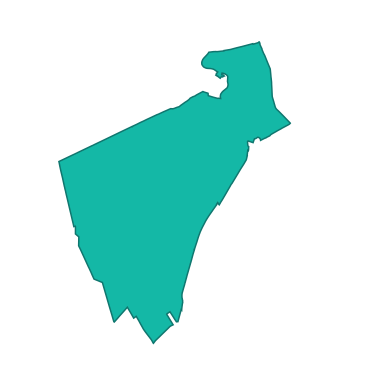 outline of Baarn, Utrecht, Netherlands, rotated 332°
{"feature_id": "6326949B71920055315965", "entity_name": "Baarn", "entity_type": "district", "adm_level": 2, "iso_a3": "NLD", "parent_name": "Netherlands", "parent_adm1": "Utrecht", "projection": "albers", "projection_center": [5.285, 52.199], "detail": "fine", "context": "isolated", "style": "filled", "palette": "teal", "viewbox_px": 384, "rotation_deg": 332, "n_neighbors": 0, "source": "geoboundaries", "source_scale": "gbopen_adm2", "svg_char_len": 5636}
<svg xmlns="http://www.w3.org/2000/svg" viewBox="0 0 384 384"><g transform="rotate(332 192 192)"><path d="M310.9,138.5L312.7,134.6L313.6,132.8L314.0,131.9L315.1,129.2L315.7,127.6L316.9,124.8L318.6,120.7L318.8,120.0L318.9,119.8L318.9,119.6L319.5,113.1L320.1,107.5L320.3,105.5L320.3,103.1L320.7,99.1L321.0,98.3L321.1,95.6L321.3,93.4L321.4,93.1L321.7,92.8L321.9,91.3L321.9,91.1L321.7,91.0L321.6,91.3L321.4,91.4L315.4,90.2L315.4,89.9L315.4,89.6L305.2,87.2L304.3,87.0L303.6,86.8L299.3,85.7L295.9,84.9L294.0,84.5L293.8,84.4L293.7,84.5L286.6,82.1L286.4,82.4L282.9,81.0L279.9,79.8L279.6,79.6L279.2,79.3L277.6,78.5L276.7,78.1L272.5,76.5L272.0,76.8L271.1,77.3L270.1,77.7L267.2,78.7L265.9,79.1L265.4,79.3L264.1,79.9L263.7,80.1L263.2,80.5L262.6,81.0L262.0,81.5L261.8,81.8L261.5,82.2L261.3,82.4L261.1,82.8L260.8,83.6L260.7,83.7L260.6,84.3L260.6,84.5L260.6,84.9L260.7,85.7L260.8,86.3L260.9,86.6L260.9,86.8L261.1,87.2L261.3,87.6L261.7,88.1L262.3,88.9L262.7,89.3L263.4,89.9L264.2,90.4L265.5,91.2L265.9,91.4L266.3,91.7L267.6,92.7L268.4,93.5L268.7,93.8L269.1,94.4L269.4,95.0L269.7,95.5L270.4,97.0L271.1,98.1L269.7,98.7L269.4,98.7L269.3,98.9L269.2,98.9L269.2,99.0L269.2,99.3L267.9,100.0L268.4,101.1L268.6,101.2L268.7,101.3L268.8,101.4L268.9,101.8L269.2,101.8L269.3,102.3L269.4,102.8L270.3,104.8L272.0,104.0L272.6,104.5L273.0,104.7L273.1,104.8L273.3,104.8L273.6,104.7L274.2,104.6L274.8,104.4L274.9,104.5L274.9,104.3L274.9,104.0L274.8,103.7L274.5,103.4L274.2,103.1L273.2,102.4L274.3,101.1L275.5,102.0L276.0,102.5L276.2,102.8L276.6,103.2L276.9,103.8L277.4,104.8L277.6,105.2L277.7,105.4L277.7,105.6L277.8,106.1L277.8,106.3L277.7,106.5L277.7,106.9L277.6,107.2L277.4,107.5L276.2,109.5L275.3,110.9L275.2,111.2L274.5,113.5L274.3,113.9L274.2,114.1L273.9,114.6L273.6,115.0L273.3,115.3L272.4,116.2L272.2,116.3L271.9,116.5L271.5,116.6L271.0,116.7L268.1,117.3L267.3,117.4L266.3,117.7L265.9,117.8L265.0,118.2L263.6,118.9L263.3,119.1L262.9,119.5L262.4,120.2L262.1,120.6L261.8,121.0L261.7,121.4L261.2,122.9L259.7,121.8L258.8,121.5L258.2,121.0L255.1,118.1L251.6,114.6L252.0,113.5L252.5,112.5L252.5,112.3L249.7,109.5L249.1,108.8L248.8,108.4L247.3,108.4L246.0,108.4L243.0,108.4L241.9,108.4L240.4,108.5L239.9,108.6L238.7,108.5L237.5,108.3L236.6,108.3L235.0,108.3L234.5,108.3L234.4,108.3L232.9,108.9L232.5,109.0L229.9,109.4L228.2,109.5L223.0,110.2L222.7,110.2L221.0,110.6L220.5,110.6L218.5,110.2L215.2,109.8L214.6,109.6L214.1,109.5L213.4,109.1L212.9,108.8L212.6,108.5L211.2,108.3L208.2,108.1L204.5,107.8L198.6,107.5L197.5,107.3L185.8,106.7L182.4,106.6L179.4,106.4L175.0,106.3L171.1,106.1L170.7,106.1L170.0,106.3L169.9,106.0L169.3,106.0L155.3,105.4L139.7,104.8L114.1,103.7L95.3,102.9L88.8,102.6L88.4,104.0L87.5,106.9L86.1,111.8L84.3,118.8L82.0,126.9L81.7,128.2L81.4,129.2L81.2,129.9L80.8,131.7L80.5,132.7L79.8,135.2L78.7,139.5L76.5,147.8L72.0,165.0L71.4,167.1L72.9,167.5L72.7,168.1L69.4,174.3L71.0,178.5L66.7,186.2L66.6,187.5L66.6,188.5L66.5,191.1L65.4,209.8L65.4,210.7L65.1,215.9L64.9,218.1L64.6,222.9L67.3,226.1L69.1,228.3L70.4,229.8L68.8,237.4L67.9,241.7L66.8,247.0L66.6,247.9L65.2,254.6L64.6,257.6L63.8,261.6L63.5,263.1L63.1,265.0L62.7,266.9L62.1,269.8L62.3,270.3L63.8,269.8L65.9,269.0L66.5,268.8L67.5,268.4L70.0,267.4L75.5,265.4L80.8,263.4L81.1,269.4L81.3,276.0L84.4,275.6L84.5,278.3L84.6,281.1L84.6,281.3L84.6,284.2L84.7,287.7L84.7,289.8L84.8,291.0L85.1,293.4L85.5,295.9L86.7,303.1L86.8,304.3L86.8,304.6L86.8,306.1L86.8,307.1L86.9,307.5L89.9,306.1L99.2,303.4L106.1,301.4L109.0,300.5L109.5,300.4L110.2,300.3L110.3,300.3L113.0,300.4L112.9,299.2L112.9,298.6L112.6,294.2L112.5,292.3L112.3,288.9L112.3,288.0L112.7,287.8L116.3,287.4L116.6,291.0L116.9,294.6L116.9,295.2L117.3,299.3L118.7,299.9L120.1,298.4L124.1,294.1L125.8,292.3L127.2,290.8L127.4,291.5L128.0,290.5L129.5,288.3L129.6,288.2L131.1,286.1L131.7,285.4L131.8,285.4L132.2,284.6L132.4,284.1L132.6,283.8L132.8,283.4L132.8,283.2L132.9,282.9L133.7,280.3L133.9,279.9L134.3,279.1L134.6,278.5L134.9,278.0L135.4,277.3L135.8,276.7L140.1,272.2L141.7,270.6L143.0,269.1L143.9,268.3L143.9,268.2L147.6,264.3L147.8,264.0L156.9,254.6L157.3,254.1L157.5,254.0L159.7,251.7L163.8,247.3L164.5,246.6L167.1,244.0L166.9,243.7L167.2,243.4L167.3,243.4L167.6,243.4L170.9,240.2L172.7,238.5L176.2,235.0L178.6,232.8L179.3,232.2L180.4,231.2L181.3,230.5L182.5,229.6L184.2,228.3L188.0,225.7L190.6,223.9L192.6,222.7L193.1,222.4L196.0,220.8L199.7,218.9L201.3,218.1L202.2,217.6L208.0,214.7L207.9,214.4L209.7,213.4L209.7,213.5L209.8,213.7L209.7,213.8L209.8,215.1L210.0,216.1L211.4,215.3L212.4,214.6L214.9,213.2L219.8,210.2L229.2,204.3L230.0,203.7L230.8,203.4L231.3,203.2L238.5,198.9L245.6,194.6L250.6,191.8L255.0,189.1L255.2,188.9L256.7,187.2L257.3,186.5L257.2,186.5L257.8,185.7L260.7,181.5L260.8,181.8L261.0,182.1L261.6,181.5L263.4,178.5L263.2,178.2L263.1,177.7L263.1,177.4L263.1,177.2L264.5,173.9L264.6,173.7L265.3,173.4L265.5,173.3L269.1,177.1L270.6,175.7L272.2,174.3L272.8,174.6L273.0,174.7L273.9,174.7L274.7,174.6L275.4,174.5L275.6,174.5L275.8,174.6L276.2,174.9L276.4,175.1L276.7,175.5L277.0,176.0L277.1,176.6L277.2,177.0L277.1,177.5L277.0,178.1L276.8,178.6L281.7,178.7L282.3,178.9L283.0,178.9L283.8,178.8L284.4,178.8L286.8,178.9L287.2,178.8L287.4,178.8L287.8,178.6L288.7,178.3L290.7,178.2L294.6,178.1L296.8,178.0L297.9,178.0L300.2,178.0L301.4,177.9L303.6,177.9L308.7,177.9L309.9,177.8L310.3,177.7L310.9,177.5L311.1,177.4L311.0,176.9L310.9,176.6L309.7,172.4L308.1,166.8L307.2,163.8L306.4,161.2L305.6,158.9L305.5,158.5L305.4,157.9L305.3,157.3L305.3,156.9L305.4,156.3L305.4,156.0L305.5,155.5L305.8,154.2L306.1,152.7L306.6,150.5L307.2,147.5L307.6,145.6L307.8,145.2L308.1,144.4L310.9,138.5Z" fill="#14b8a6" stroke="#0f766e" stroke-width="1.5"/></g></svg>